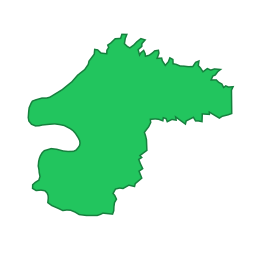 Capitão Leônidas Marques, Paraná, Brazil (Natural Earth projection), rotated 98°
{"feature_id": "56859067B12365936446127", "entity_name": "Capitão Leônidas Marques", "entity_type": "district", "adm_level": 2, "iso_a3": "BRA", "parent_name": "Brazil", "parent_adm1": "Paraná", "projection": "natural_earth1", "projection_center": [-53.601, -25.458], "detail": "fine", "context": "isolated", "style": "filled", "palette": "green", "viewbox_px": 256, "rotation_deg": 98, "n_neighbors": 0, "source": "geoboundaries", "source_scale": "gbopen_adm2", "svg_char_len": 2298}
<svg xmlns="http://www.w3.org/2000/svg" viewBox="0 0 256 256"><g transform="rotate(98 128 128)"><path d="M185.0,113.4L182.1,113.1L175.7,107.4L169.2,111.1L166.2,107.8L161.6,110.8L157.6,113.0L155.3,110.3L153.6,112.4L147.5,106.2L137.0,108.1L133.2,109.6L130.0,111.2L123.8,107.7L119.4,106.3L116.3,107.1L115.2,102.2L115.1,98.8L116.0,94.5L112.9,94.5L113.4,91.6L116.3,90.0L113.4,85.7L113.5,81.4L110.4,82.4L116.1,71.7L112.9,71.4L108.3,64.7L111.6,62.1L111.2,59.2L111.4,55.6L103.7,56.4L103.2,49.3L100.9,49.7L105.5,38.9L103.3,36.4L101.0,30.7L99.2,27.3L76.1,30.8L72.5,29.7L73.5,34.2L72.7,37.1L74.6,38.9L71.4,41.2L70.1,44.6L68.1,47.3L68.9,52.4L64.8,51.3L63.3,48.9L59.7,47.0L57.2,44.6L57.5,50.6L59.2,54.1L58.1,57.7L61.9,61.6L58.4,64.7L56.5,67.1L51.8,67.1L53.6,70.2L58.2,72.4L58.9,77.0L59.0,81.4L59.4,84.8L58.3,89.1L58.1,92.3L53.9,93.1L52.7,96.3L56.8,97.2L60.8,99.8L56.6,103.4L54.1,104.4L55.0,108.9L49.6,107.8L46.8,108.7L47.9,112.3L49.9,113.9L53.0,117.1L54.5,120.7L52.0,121.4L49.0,123.3L51.7,125.7L54.1,126.7L49.0,128.9L45.3,125.7L42.5,126.0L38.4,123.3L37.7,127.7L41.5,131.3L45.0,133.8L48.4,137.3L47.4,140.0L45.0,143.3L39.7,143.2L35.5,142.2L36.1,147.1L40.3,147.8L41.4,153.1L46.4,157.0L48.7,159.6L51.0,158.3L53.9,159.7L57.4,159.4L57.6,165.1L54.9,168.9L54.8,171.9L59.6,171.7L67.2,175.9L70.6,176.2L76.2,179.0L82.7,185.2L90.1,190.0L93.7,193.4L99.2,198.5L108.4,209.7L109.7,212.8L110.4,217.5L112.9,223.1L114.7,226.4L117.0,227.4L121.8,228.7L125.9,228.6L131.6,228.2L134.9,227.1L137.7,224.1L138.8,219.9L138.1,216.3L136.9,213.2L135.1,205.7L134.1,201.1L134.1,196.2L134.4,191.5L136.6,185.2L138.3,182.0L140.6,179.3L144.3,176.1L147.2,174.1L149.7,173.4L152.1,173.5L154.4,174.6L157.1,176.3L158.7,178.7L159.6,184.1L159.8,188.9L159.0,195.5L159.1,201.2L162.1,207.7L164.4,209.5L167.8,210.9L170.5,211.5L173.5,211.8L178.1,211.6L181.9,210.3L184.6,209.7L188.3,208.4L192.0,209.0L194.8,212.3L197.5,214.5L201.1,214.1L202.7,210.3L201.6,205.6L201.7,201.6L203.6,199.1L206.0,197.7L208.5,197.2L213.1,197.0L215.4,192.7L217.3,185.8L218.8,181.1L217.7,177.2L217.4,173.4L218.6,168.8L220.5,164.3L220.4,157.0L218.9,146.3L217.3,143.2L215.8,141.0L215.4,131.3L211.9,130.6L207.9,131.0L203.7,131.0L200.1,129.5L196.6,131.8L194.9,133.7L190.2,131.9L188.6,127.9L188.6,124.5L184.5,119.2L185.0,113.4Z" fill="#22c55e" stroke="#15803d" stroke-width="1.5"/></g></svg>